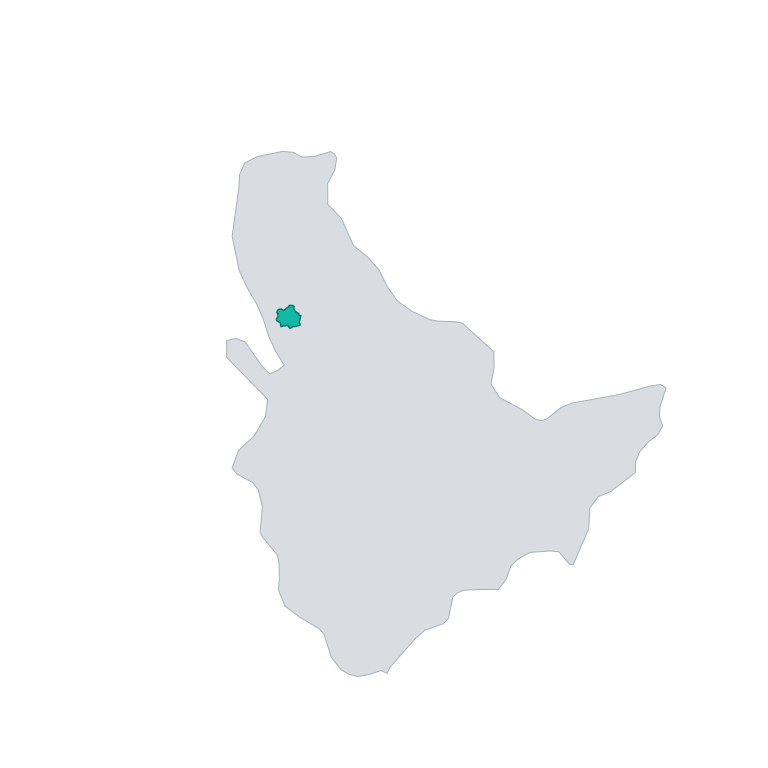 El Valle, Hato Mayor, Dominican Republic (highlighted), rotated 231°
{"feature_id": "3306468B49446780717545", "entity_name": "El Valle", "entity_type": "district", "adm_level": 2, "iso_a3": "DOM", "parent_name": "Dominican Republic", "parent_adm1": "Hato Mayor", "projection": "equal_earth", "projection_center": [-69.377, 18.943], "detail": "fine", "context": "in_parent", "style": "filled", "palette": "teal", "viewbox_px": 768, "rotation_deg": 231, "n_neighbors": 0, "source": "geoboundaries", "source_scale": "gbopen_adm2", "svg_char_len": 4277}
<svg xmlns="http://www.w3.org/2000/svg" viewBox="0 0 768 768"><g transform="rotate(231 384 384)"><path d="M157.0,523.7L157.8,492.3L161.6,479.5L158.2,466.1L142.6,451.9L133.1,433.5L124.6,417.3L126.6,414.9L143.6,414.2L149.6,408.2L161.2,391.6L163.6,378.2L162.7,368.1L155.3,356.0L152.4,343.3L161.7,332.1L173.8,315.9L175.5,309.7L175.2,303.6L161.3,286.5L160.4,279.1L167.0,260.6L166.4,248.4L160.1,210.1L157.1,204.4L163.3,201.2L167.5,189.8L173.0,179.7L180.3,174.2L188.5,170.8L204.9,171.1L227.5,179.9L233.9,179.8L255.7,171.8L273.7,167.3L290.7,172.4L297.5,179.3L311.5,190.2L318.5,193.5L340.7,193.3L346.7,194.4L365.3,212.4L380.9,219.6L390.0,220.0L406.3,213.0L414.4,213.2L423.7,228.8L425.5,250.9L433.2,271.0L445.1,283.9L503.7,278.5L516.8,289.1L512.3,297.9L504.0,302.6L476.1,300.5L463.9,301.5L461.5,310.3L461.4,318.4L477.7,320.3L493.7,324.4L510.0,330.9L526.6,335.4L545.2,338.3L563.6,343.0L594.3,358.9L628.3,395.1L637.4,403.3L643.4,414.7L640.5,428.6L628.5,451.6L621.6,458.9L611.6,463.4L604.8,472.8L598.2,488.8L594.1,490.2L589.4,489.5L581.2,480.4L575.4,466.5L559.0,453.4L539.5,455.1L510.8,447.4L493.5,451.1L476.1,452.0L458.4,448.0L440.5,446.6L422.7,451.6L405.4,460.0L399.0,465.3L387.9,478.3L382.0,483.2L339.9,489.7L327.8,480.2L316.6,467.1L300.4,465.3L276.9,475.4L262.2,479.1L256.2,483.4L254.5,488.4L254.4,506.7L251.0,517.8L228.0,559.8L214.9,589.5L209.6,598.7L203.4,600.7L192.2,583.6L185.1,577.4L176.2,574.3L172.4,565.3L172.6,552.4L170.4,539.9L164.9,530.1L157.0,523.7Z" fill="#d9dde1" stroke="#a8b0b8" stroke-width="1"/><path d="M508.3,348.5L508.2,348.3L508.1,348.1L508.1,347.9L508.0,347.3L507.9,347.1L507.8,346.9L507.6,346.6L507.4,346.2L507.2,346.0L507.0,345.8L506.8,345.6L506.7,345.6L506.4,345.6L506.2,345.7L505.8,346.1L505.7,346.2L505.6,346.3L505.4,346.3L505.3,346.2L505.2,346.0L505.1,345.8L504.9,345.4L504.7,345.1L504.2,344.8L503.9,344.5L503.4,344.3L503.3,344.1L503.1,344.0L502.9,343.8L502.8,343.6L502.7,343.4L502.7,343.2L502.6,342.9L502.6,342.2L502.5,341.7L502.4,341.5L502.3,341.4L502.1,341.2L501.4,340.7L501.2,340.7L500.9,340.6L500.6,340.6L500.3,340.6L500.1,340.7L499.7,340.9L499.5,341.0L499.3,341.1L498.8,341.2L498.6,341.2L498.5,341.3L498.2,341.5L497.9,341.6L497.3,341.7L496.4,341.7L496.0,341.6L495.6,341.6L495.4,341.4L495.2,341.2L494.9,340.8L494.9,340.7L494.7,340.6L494.2,340.4L493.8,340.2L493.7,340.1L493.4,340.2L493.4,340.3L493.2,340.7L493.1,340.9L493.1,341.0L492.9,341.1L492.8,341.3L492.6,341.6L492.5,341.9L492.4,342.7L492.4,342.9L492.3,343.0L492.2,343.1L491.7,343.3L491.5,343.5L491.3,343.7L491.3,343.8L491.2,344.0L491.2,344.8L491.1,345.0L490.9,345.3L490.6,345.4L490.5,345.5L490.3,345.7L490.2,345.8L489.6,346.0L489.3,346.1L489.2,346.2L488.6,346.0L488.3,345.9L487.9,345.8L487.2,345.8L486.9,345.8L486.7,345.9L486.5,346.0L486.4,346.1L486.3,346.3L486.2,346.4L486.2,346.7L486.1,347.1L486.1,347.9L486.1,348.3L486.0,348.6L485.8,349.1L485.7,349.6L485.5,349.8L485.4,350.0L484.9,350.7L484.7,351.0L484.3,351.8L483.8,352.7L483.7,352.9L483.5,353.4L483.3,353.9L483.1,354.5L482.6,355.5L482.8,356.0L483.1,356.3L483.4,356.5L483.6,356.5L484.4,356.6L484.7,356.6L484.9,356.7L485.1,356.9L485.3,357.1L485.8,357.7L486.0,357.9L486.2,358.1L486.5,358.3L486.8,358.6L486.9,358.8L487.0,359.0L487.1,359.4L487.1,359.6L487.3,359.8L487.6,360.0L487.9,360.4L489.2,362.1L489.3,362.3L489.5,362.4L489.8,362.3L489.9,362.2L490.1,361.8L490.3,361.6L490.5,361.5L490.8,361.4L491.0,361.4L491.3,361.4L491.7,361.5L491.9,361.5L492.2,361.8L492.3,361.9L492.6,362.0L492.9,362.0L493.1,361.9L493.3,361.9L493.8,361.6L494.0,361.5L494.4,361.4L494.6,361.3L495.0,361.0L495.5,360.9L495.8,360.9L497.6,360.9L497.9,360.9L498.3,360.8L498.7,361.0L499.2,361.4L499.6,361.6L499.8,361.7L499.9,361.9L500.4,362.6L500.6,362.8L500.8,362.9L500.9,363.0L501.1,363.0L501.4,363.0L501.8,362.7L502.2,362.6L502.4,362.5L502.5,362.4L502.6,362.1L502.7,361.9L503.0,361.7L503.6,361.4L503.9,361.2L504.0,360.8L504.4,360.3L504.5,360.1L504.6,359.9L504.6,359.5L504.5,359.3L504.4,359.1L504.0,358.5L503.9,358.3L503.9,358.0L503.9,357.8L504.0,357.6L504.1,357.2L504.2,356.9L504.2,356.7L504.2,356.3L504.3,355.7L504.2,353.1L504.3,352.7L504.4,352.3L504.6,352.1L504.8,351.9L505.5,351.8L505.9,351.5L506.1,351.5L506.8,351.3L507.0,351.3L507.1,351.2L507.3,350.8L507.7,350.2L507.9,349.8L508.0,349.6L508.2,349.0L508.3,348.5Z" fill="#14b8a6" stroke="#0f766e" stroke-width="1.5"/></g></svg>